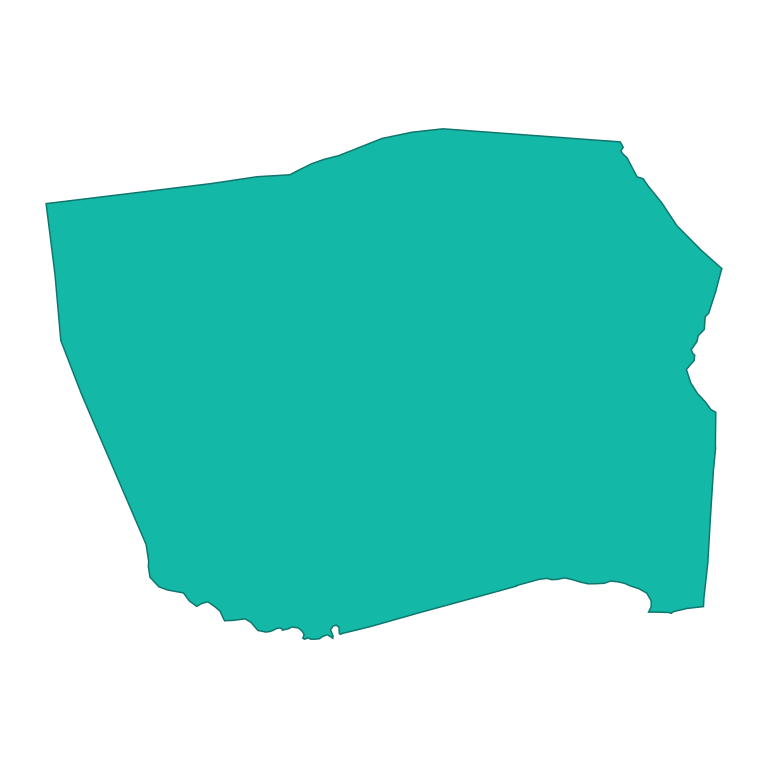 Basundah, Gedarif, Sudan (orthographic projection)
{"feature_id": "16777658B35788536409023", "entity_name": "Basundah", "entity_type": "district", "adm_level": 2, "iso_a3": "SDN", "parent_name": "Sudan", "parent_adm1": "Gedarif", "projection": "orthographic", "projection_center": [35.854, 12.928], "detail": "fine", "context": "isolated", "style": "filled", "palette": "teal", "viewbox_px": 768, "rotation_deg": 0, "n_neighbors": 0, "source": "geoboundaries", "source_scale": "gbopen_adm2", "svg_char_len": 2299}
<svg xmlns="http://www.w3.org/2000/svg" viewBox="0 0 768 768"><path d="M270.5,631.4L273.4,630.2L274.8,629.5L276.0,628.8L279.1,627.9L281.3,628.4L282.6,630.2L284.4,629.7L288.3,628.8L291.8,627.0L295.4,627.5L298.4,627.9L302.4,631.5L304.1,634.7L302.8,638.3L304.6,639.2L308.1,637.8L310.7,639.2L314.7,639.2L319.5,638.7L322.6,636.5L327.4,634.7L328.7,635.6L330.9,636.9L332.7,638.3L333.1,636.0L330.5,629.7L333.1,626.1L336.2,625.2L338.9,627.0L339.3,633.3L340.2,634.3L342.4,633.4L359.5,629.3L371.8,626.2L417.9,613.1L451.3,604.0L516.5,586.1L516.3,585.6L539.2,579.3L547.1,578.4L551.9,579.7L557.6,579.3L564.7,577.9L572.6,579.7L580.0,582.0L587.9,583.8L594.1,583.8L604.2,583.3L610.8,581.0L618.3,581.9L624.4,583.3L630.6,586.0L637.5,588.2L638.9,588.7L646.8,593.2L651.2,600.8L651.2,606.7L648.6,612.1L654.7,612.1L669.2,612.5L671.0,613.4L673.6,611.6L682.2,609.6L687.3,608.4L703.5,606.6L703.9,598.1L707.8,562.9L710.4,517.9L713.4,470.6L715.6,448.1L715.4,445.1L715.8,412.3L711.0,409.6L705.3,401.9L697.4,393.4L690.8,383.0L686.4,369.5L689.4,365.9L694.2,360.5L694.7,355.1L692.9,353.7L691.2,349.7L696.9,341.6L698.2,335.7L704.3,329.4L705.2,316.8L708.7,313.2L710.0,309.1L713.9,297.0L715.7,291.6L720.9,271.7L721.9,268.7L717.2,264.5L701.5,250.5L676.9,225.7L661.7,202.7L648.7,186.7L643.1,178.7L637.1,176.9L633.6,170.3L627.1,157.9L622.3,153.4L621.0,150.8L623.2,147.2L620.2,141.9L466.7,130.6L466.1,130.5L443.0,128.8L412.1,132.2L382.1,138.4L338.5,155.7L324.2,159.3L311.7,163.7L300.0,169.5L289.7,174.8L257.2,176.7L210.9,183.6L46.1,203.6L55.0,274.5L60.8,340.5L81.4,393.9L89.5,412.9L146.1,544.5L148.7,561.5L148.3,566.2L150.0,577.3L159.0,586.9L167.9,590.1L183.4,592.9L189.3,600.9L196.7,606.4L201.3,603.7L203.2,603.1L207.8,601.8L208.1,602.0L208.4,602.2L215.0,606.8L219.9,611.0L223.9,619.5L224.7,620.8L225.9,620.7L228.2,620.6L230.2,620.5L231.2,620.5L231.8,620.5L232.7,620.4L233.3,620.3L233.5,620.3L234.0,620.3L238.3,619.7L241.7,619.3L242.1,619.3L242.4,619.2L244.4,619.0L244.8,618.9L245.3,618.9L245.7,619.2L246.2,619.5L246.7,619.8L247.4,620.2L249.7,621.6L250.3,622.0L251.3,622.7L251.4,622.9L251.7,623.1L252.0,623.5L252.7,624.4L253.9,625.8L255.7,627.9L256.3,628.6L257.2,629.6L257.4,629.8L257.7,630.1L258.0,630.5L258.9,630.7L259.4,630.7L265.0,631.9L265.6,632.0L265.8,632.1L270.5,631.4Z" fill="#14b8a6" stroke="#0f766e" stroke-width="1.5"/></svg>